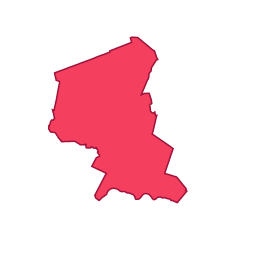 Manesti, Prahova, Romania (Robinson projection), rotated 141°
{"feature_id": "2599482B80791609444721", "entity_name": "Manesti", "entity_type": "district", "adm_level": 2, "iso_a3": "ROU", "parent_name": "Romania", "parent_adm1": "Prahova", "projection": "robinson", "projection_center": [25.843, 44.863], "detail": "fine", "context": "isolated", "style": "filled", "palette": "rose", "viewbox_px": 256, "rotation_deg": 141, "n_neighbors": 0, "source": "geoboundaries", "source_scale": "gbopen_adm2", "svg_char_len": 5497}
<svg xmlns="http://www.w3.org/2000/svg" viewBox="0 0 256 256"><g transform="rotate(141 128 128)"><path d="M188.2,179.6L188.2,179.4L188.3,179.0L188.5,178.8L189.0,178.6L189.1,178.4L189.4,178.2L189.5,177.9L189.8,177.7L190.1,177.4L190.2,177.1L190.2,176.6L190.2,176.3L190.4,175.8L190.6,175.5L190.6,175.3L190.5,175.0L190.6,174.7L190.6,174.3L190.6,173.9L190.5,173.4L190.4,173.4L188.8,171.7L187.5,170.2L187.6,168.8L188.2,164.0L188.3,163.6L188.3,163.4L188.1,162.9L188.0,162.6L188.1,162.3L188.3,160.4L187.9,160.1L187.7,159.4L188.1,159.1L187.6,158.6L187.0,158.1L186.7,157.9L185.6,157.3L185.1,156.8L184.6,156.5L183.8,155.8L182.2,154.5L180.1,153.1L179.3,152.4L178.3,151.7L177.7,150.8L177.3,150.0L176.6,148.0L176.3,147.4L176.1,146.9L175.7,145.1L175.4,144.8L173.4,143.2L173.0,142.8L172.8,142.6L172.7,142.5L172.4,142.4L172.1,142.4L171.6,142.4L171.1,142.1L171.0,141.9L170.9,141.7L171.0,141.5L171.1,141.4L171.6,141.0L172.0,140.7L172.9,138.9L171.6,137.6L171.1,137.2L170.8,137.3L170.6,137.0L169.9,136.3L169.6,136.1L169.2,136.0L168.7,136.4L168.5,136.5L168.3,136.5L168.1,136.4L167.7,135.8L167.6,135.6L167.5,135.3L167.5,135.1L167.6,134.7L167.6,134.4L167.4,134.0L166.6,133.3L166.3,133.1L166.1,132.9L165.7,133.0L165.4,133.0L165.2,132.9L165.0,132.7L164.9,132.6L164.9,132.4L165.0,132.2L165.2,131.8L165.4,131.5L165.4,131.4L165.5,131.1L165.5,130.8L165.2,130.3L165.2,130.1L165.3,129.7L165.5,129.1L165.6,128.7L165.8,128.7L166.1,128.7L166.3,128.7L166.5,128.7L166.8,128.6L167.0,128.4L167.1,128.2L167.2,127.9L167.1,127.6L167.2,127.2L167.3,126.5L167.3,126.3L167.3,126.1L167.1,125.7L167.2,125.1L167.4,124.7L167.7,124.3L167.8,124.1L171.4,124.8L180.3,121.0L176.3,112.6L176.2,112.6L174.3,108.4L173.9,107.5L173.4,106.5L186.0,101.0L196.1,96.6L195.9,96.3L195.8,96.1L195.9,95.9L196.0,95.7L196.7,95.3L196.8,95.1L197.0,94.9L197.1,94.6L197.1,94.4L197.0,94.0L196.9,93.0L196.7,92.2L196.3,90.6L196.3,90.4L196.2,90.2L196.0,89.9L195.9,89.9L195.7,89.8L195.2,89.9L194.7,89.9L193.9,90.0L192.7,90.2L192.2,90.3L191.4,90.3L190.8,90.2L190.0,90.0L189.1,90.0L188.2,90.0L187.3,89.9L186.9,89.9L186.5,90.0L185.9,90.2L185.3,90.7L184.5,91.1L183.6,91.4L182.6,91.6L181.8,91.7L181.3,91.7L180.6,91.7L180.0,91.6L178.8,91.2L177.8,90.7L176.8,90.0L175.6,88.4L174.8,87.5L174.5,86.6L174.2,85.1L174.0,84.6L173.9,84.1L173.8,83.7L173.1,82.7L172.4,82.1L171.2,81.3L170.6,80.8L170.3,80.3L170.1,79.6L170.1,79.1L169.6,78.2L168.0,76.7L167.6,76.0L166.5,73.9L165.9,73.0L165.8,72.4L165.8,72.0L165.9,70.7L165.9,70.2L166.3,69.5L166.5,69.1L166.7,68.7L166.9,68.2L166.8,67.9L166.7,67.7L166.2,67.2L165.8,66.9L165.4,66.6L165.1,66.4L164.4,66.1L163.9,65.9L163.5,65.9L163.1,65.9L162.7,65.9L161.7,66.1L161.0,66.2L159.5,66.6L158.9,66.7L157.9,66.8L156.8,66.6L156.3,66.4L155.9,66.2L155.6,66.0L154.9,65.2L154.1,64.3L153.8,63.9L153.6,63.3L153.4,62.7L153.3,61.7L153.3,60.8L153.2,59.9L153.3,59.1L153.5,58.3L153.4,58.0L153.3,57.9L153.3,57.6L153.3,57.4L153.4,57.1L153.4,56.9L153.3,56.5L153.1,56.2L152.8,55.9L151.7,55.4L148.6,55.4L147.6,54.9L146.5,54.2L145.9,53.5L145.6,53.1L145.3,52.0L145.1,51.8L144.1,51.4L143.8,51.2L143.4,50.8L142.3,49.1L141.4,47.8L140.6,46.9L140.3,46.6L140.0,45.7L140.1,45.3L140.2,44.6L140.0,44.4L139.2,43.8L138.9,43.4L138.6,43.0L138.4,42.1L138.0,41.5L136.7,39.0L131.4,40.0L128.0,40.7L122.0,41.9L122.4,42.8L122.6,43.1L121.9,43.3L121.7,43.4L121.5,43.6L121.3,43.8L121.2,44.1L121.1,44.3L121.0,44.6L121.1,48.4L121.0,57.0L121.1,59.4L121.8,60.4L124.4,64.3L128.1,69.6L125.4,71.3L120.2,74.6L116.6,76.8L115.0,77.9L108.9,81.7L105.9,83.5L106.9,87.4L107.0,87.8L109.2,95.3L110.2,98.5L110.5,99.7L110.7,100.5L111.1,101.7L111.8,104.0L112.8,107.4L113.1,108.0L109.8,110.3L108.3,111.5L107.2,112.4L102.9,115.7L100.1,118.0L99.1,118.8L99.1,118.7L97.6,119.8L98.7,120.5L97.1,123.6L98.1,123.6L98.8,123.8L99.4,124.0L99.7,124.6L99.8,125.2L99.9,126.0L99.8,126.9L99.7,127.5L98.7,128.6L97.7,130.3L97.5,130.6L97.5,130.8L97.4,131.1L97.3,131.5L96.4,132.6L96.5,132.7L95.9,132.3L95.3,132.1L94.1,132.1L92.3,135.0L89.7,141.6L90.8,142.5L93.3,144.4L93.5,144.6L94.7,144.9L96.7,145.5L82.4,153.2L82.1,153.3L81.6,153.3L81.4,153.4L81.1,153.6L80.6,154.0L80.2,154.2L79.6,154.7L79.0,155.3L78.8,155.5L78.6,155.8L78.3,156.2L78.1,156.4L77.9,156.6L77.4,156.9L76.9,157.1L75.5,157.6L75.2,157.6L74.6,157.7L74.0,157.9L73.7,158.1L73.2,158.5L73.0,158.8L72.6,159.4L72.5,159.8L72.4,159.9L72.2,159.9L69.0,161.1L68.7,161.1L64.4,162.6L63.2,163.0L62.1,162.6L61.8,162.5L61.6,163.8L61.6,164.0L59.3,170.2L59.1,170.9L58.9,171.4L59.2,172.1L59.7,173.1L60.7,178.3L63.5,192.2L67.8,196.1L69.4,196.6L71.3,192.3L93.7,199.4L94.3,198.4L100.6,200.4L101.0,200.6L105.1,202.0L108.7,203.2L110.1,203.5L110.4,203.6L111.7,204.0L112.1,204.2L112.3,204.2L114.2,204.9L114.8,205.0L119.0,206.5L119.8,206.7L120.5,207.0L121.0,207.1L121.3,207.2L121.5,207.3L129.5,210.0L132.0,210.8L133.2,211.2L133.3,211.3L133.8,211.4L135.0,211.9L141.0,213.8L143.1,214.5L143.3,214.6L144.3,215.0L147.1,215.9L147.6,216.0L147.8,216.2L148.0,216.2L149.7,216.8L150.5,217.0L152.4,213.0L153.6,210.6L153.7,210.4L153.8,210.2L153.5,209.8L152.8,208.7L152.5,208.3L152.2,207.5L152.1,206.8L158.9,201.1L166.3,194.7L167.4,193.9L169.8,191.9L170.6,191.3L171.1,190.9L174.4,188.3L175.2,189.7L176.4,187.0L176.4,186.8L177.9,184.0L178.3,183.0L178.7,182.3L178.8,182.2L179.0,181.8L179.0,181.7L180.2,181.5L180.9,181.2L181.2,181.1L181.4,181.2L181.4,181.4L181.5,181.5L181.7,181.8L181.9,182.0L182.2,182.1L182.3,182.2L182.6,182.2L182.9,182.1L183.7,181.8L184.2,181.5L184.7,181.2L185.1,181.0L185.4,180.8L185.9,180.2L186.1,180.1L187.0,179.8L187.6,179.7L188.2,179.6Z" fill="#f43f5e" stroke="#9f1239" stroke-width="1.5"/></g></svg>